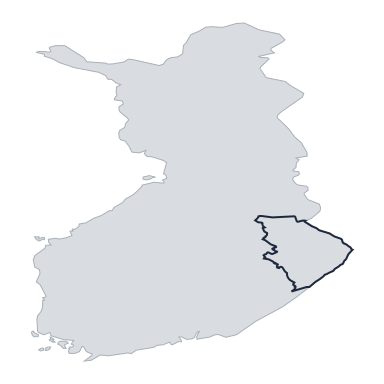 location of North Karelia within Finland
{"feature_id": "FIN-3190", "entity_name": "North Karelia", "entity_type": "Province", "adm_level": 1, "iso_a3": "FIN", "parent_name": "Finland", "parent_adm1": "", "projection": "equal_earth", "projection_center": [29.553, 62.804], "detail": "fine", "context": "in_parent", "style": "outline", "palette": "slate", "viewbox_px": 384, "rotation_deg": 0, "n_neighbors": 0, "source": "natural_earth", "source_scale": "10m", "svg_char_len": 6143}
<svg xmlns="http://www.w3.org/2000/svg" viewBox="0 0 384 384"><path d="M131.9,152.1L129.0,146.2L125.2,141.1L120.6,139.7L119.3,137.7L118.7,133.6L119.7,130.5L124.7,127.4L125.8,123.3L128.7,120.0L127.4,117.9L120.1,112.0L119.1,110.1L118.9,106.8L123.4,103.9L122.3,101.0L114.3,99.8L114.7,98.1L117.1,95.1L116.1,92.6L116.5,87.1L120.6,84.7L115.9,82.8L111.7,79.4L107.8,79.2L105.6,75.6L98.8,72.3L74.5,67.7L59.7,62.7L52.0,58.6L44.6,56.3L44.1,54.1L36.5,52.5L38.1,51.5L44.2,51.5L49.2,52.3L51.0,51.2L49.2,48.1L49.6,47.3L55.5,45.6L64.8,45.6L84.0,57.8L86.8,61.8L105.6,63.1L107.7,64.1L112.8,63.9L123.9,62.0L128.3,59.2L132.3,59.5L159.1,65.5L163.3,64.2L165.9,60.4L168.2,58.8L171.3,57.6L177.6,56.9L182.6,53.8L183.5,45.3L186.0,42.9L190.8,34.7L199.4,31.0L205.6,27.2L211.7,26.7L222.7,27.4L235.9,23.6L244.3,23.0L258.9,29.8L279.5,34.1L285.0,39.8L282.3,42.1L271.1,48.4L270.7,50.1L274.4,52.9L258.7,56.4L259.8,57.3L268.1,57.8L269.0,59.0L260.4,67.2L260.1,68.7L266.2,77.6L285.2,81.5L290.4,85.5L303.8,93.4L302.4,97.1L282.2,111.1L277.6,115.0L277.0,117.5L288.6,128.8L294.7,137.0L301.5,142.9L307.0,152.7L307.2,156.1L296.0,158.0L299.1,159.8L296.4,162.9L296.0,167.4L292.8,170.3L293.5,171.1L298.8,171.7L299.3,173.7L298.9,174.9L293.3,177.2L292.7,179.5L295.6,183.6L298.1,185.0L306.7,186.3L307.8,187.4L308.1,190.3L304.1,193.2L304.2,194.3L307.8,199.6L319.2,204.0L320.5,207.2L320.4,209.4L319.8,211.3L311.0,218.7L304.4,221.0L317.4,229.0L340.6,239.2L350.7,248.0L351.5,250.4L344.1,261.5L341.1,264.6L322.3,277.1L295.4,297.9L281.9,307.2L255.6,321.4L236.5,334.7L226.0,337.3L218.0,334.4L214.0,335.1L210.0,337.0L197.0,339.2L196.6,337.0L199.4,331.3L198.3,331.4L195.9,334.1L194.6,337.2L192.1,338.8L186.7,339.4L181.5,336.9L179.0,336.9L181.5,340.7L181.3,341.8L178.5,341.6L172.6,344.6L171.2,344.6L169.5,342.1L163.1,344.8L157.2,345.3L153.7,347.3L136.2,350.2L131.2,353.7L128.0,352.9L108.4,355.8L100.3,355.0L91.2,360.3L84.3,361.0L91.7,355.5L92.1,353.7L88.4,352.7L85.8,350.8L83.5,346.7L82.1,346.5L79.5,351.6L74.8,353.4L69.1,353.4L68.4,351.1L69.6,349.0L68.7,348.7L69.7,347.0L72.6,346.9L73.5,346.0L73.5,345.0L71.2,344.1L73.7,340.4L63.5,339.6L51.1,335.8L49.8,332.5L43.7,334.8L38.3,332.4L37.6,331.0L36.9,318.9L37.7,315.5L41.1,311.5L42.5,307.5L42.8,300.1L44.6,300.1L42.7,297.7L45.6,297.1L46.1,296.3L40.1,284.7L36.3,282.0L39.9,273.7L39.8,271.8L39.3,269.5L34.7,267.0L33.3,259.6L34.9,255.5L45.0,248.2L45.7,245.3L51.1,245.0L48.8,242.5L48.3,239.3L56.1,238.2L58.9,239.1L65.8,237.9L72.0,235.6L70.0,231.2L73.1,231.1L72.2,230.1L72.4,229.0L74.8,229.4L78.9,226.4L79.2,224.0L86.0,222.8L94.1,218.1L101.3,215.5L109.0,210.8L112.2,210.6L113.9,207.5L122.4,202.7L125.5,199.0L133.4,194.6L141.3,187.2L142.2,185.1L153.8,182.3L164.0,183.1L163.9,181.2L162.4,180.1L166.8,178.2L165.9,175.2L163.5,173.7L166.6,162.7L163.6,160.5L151.8,156.8L147.0,156.5L144.4,153.7L145.9,150.4L139.2,152.9L131.9,152.1ZM59.3,341.3L66.4,341.3L68.2,343.2L64.9,344.5L64.6,346.0L66.2,348.3L63.0,348.3L60.9,345.7L57.6,343.9L59.3,341.3ZM151.1,178.8L146.6,179.9L143.1,179.2L143.1,177.1L149.4,175.6L155.6,177.2L152.5,177.6L151.1,178.8ZM39.1,236.8L38.7,238.7L43.0,237.3L44.7,237.9L44.3,239.6L42.9,239.2L39.3,241.1L36.3,239.5L34.5,236.8L39.1,236.8ZM38.6,334.9L38.1,336.6L33.8,336.7L32.2,335.0L31.4,332.2L33.2,330.9L34.1,332.5L38.6,334.9ZM55.1,342.0L52.8,342.2L49.7,340.3L49.4,339.6L50.7,339.2L50.2,337.1L52.6,338.3L53.9,339.6L52.5,339.9L55.1,342.0ZM49.6,349.3L46.4,350.5L45.2,350.2L45.7,348.1L47.6,347.1L50.7,347.0L49.6,349.3ZM43.1,350.5L40.3,350.9L38.7,349.8L41.4,348.1L43.4,348.2L43.8,349.3L43.1,350.5Z" fill="#d9dde1" stroke="#a8b0b8" stroke-width="1"/><path d="M304.6,220.6L304.1,220.8L304.7,221.7L312.0,226.3L316.2,228.0L318.1,229.4L318.7,230.0L319.5,230.4L329.6,233.4L334.3,236.4L340.5,238.6L341.3,239.0L341.9,239.6L342.2,240.3L342.2,240.9L342.4,241.7L342.7,242.4L343.1,242.9L343.9,243.5L345.8,244.2L346.7,244.7L348.7,246.3L349.4,246.7L349.8,246.9L350.6,247.5L351.0,248.4L351.5,249.2L352.6,249.7L349.9,252.5L348.7,253.8L347.8,255.3L346.4,258.6L345.9,259.4L344.6,260.5L344.0,261.4L343.3,263.0L342.9,263.8L342.2,264.2L340.6,264.8L340.1,265.1L339.8,265.5L339.2,266.2L334.9,268.9L334.5,269.3L333.7,270.5L333.2,270.9L332.7,271.2L329.2,272.7L326.5,274.2L325.3,274.5L324.7,274.8L324.4,275.1L323.5,276.3L319.7,279.2L315.4,281.9L309.4,287.0L306.7,287.0L291.5,291.5L294.3,289.4L295.5,287.9L295.4,287.3L294.9,287.0L295.5,286.4L295.3,286.1L293.4,285.0L293.1,284.4L293.3,284.0L293.7,283.3L294.4,282.6L293.7,282.1L292.8,281.7L291.0,280.7L289.4,279.5L288.3,278.1L287.8,277.2L287.2,275.9L287.0,274.5L287.1,273.8L286.9,272.9L286.3,272.6L285.2,271.6L284.7,271.0L283.9,269.8L282.9,268.1L281.9,267.1L280.7,266.8L279.9,267.1L279.2,267.8L279.1,268.0L278.7,268.0L277.7,267.7L277.4,267.6L277.6,266.9L277.1,266.8L276.9,266.7L276.9,266.3L277.0,265.9L277.2,265.3L277.6,264.7L277.8,264.5L277.6,264.2L275.0,263.6L274.7,263.4L275.5,263.1L275.2,262.9L274.0,262.4L273.2,261.9L273.0,261.6L272.2,261.1L271.7,260.9L269.1,259.5L268.5,259.3L263.9,258.5L264.2,257.9L264.6,257.5L264.8,257.4L265.2,257.2L263.6,255.3L264.4,254.6L266.0,254.1L266.6,253.6L267.3,252.5L268.1,252.4L269.4,252.8L270.7,253.6L272.0,254.0L273.0,253.8L276.8,252.1L277.0,251.6L275.6,251.2L274.7,250.7L274.0,250.0L273.0,249.6L272.5,249.3L272.3,248.9L272.5,248.7L272.8,248.8L273.3,249.0L273.8,249.0L274.1,248.9L274.1,248.7L273.6,248.4L273.4,248.3L273.6,248.0L274.0,247.8L275.8,247.3L276.1,247.1L276.0,246.4L270.7,244.3L265.9,240.7L264.5,239.9L263.6,239.6L262.8,239.2L264.0,238.2L263.7,237.9L263.9,237.7L265.5,237.0L265.6,236.8L265.3,236.6L265.4,236.4L266.4,235.6L266.8,235.2L267.0,234.8L267.0,234.0L267.1,233.7L267.2,233.4L267.0,232.9L265.6,232.3L264.8,231.8L264.2,231.3L263.8,230.5L263.5,229.7L263.2,229.0L262.9,228.6L262.7,228.0L263.0,227.7L263.6,227.5L264.3,227.5L264.7,227.4L264.2,227.0L263.4,226.6L262.9,225.8L262.6,224.9L262.1,223.7L262.5,223.2L262.3,222.9L261.8,222.7L260.9,222.5L258.5,222.3L257.8,222.1L256.1,220.9L255.2,220.4L257.7,218.0L258.1,217.4L258.3,217.0L258.4,216.5L258.4,216.4L260.0,216.0L261.6,216.0L272.6,217.4L294.3,216.3L294.8,216.5L295.2,216.8L296.7,221.1L296.9,221.4L297.4,221.7L297.6,221.8L298.1,221.7L302.6,220.6L304.1,220.5L304.6,220.6L304.6,220.6Z" fill="none" stroke="#1e293b" stroke-width="2"/></svg>